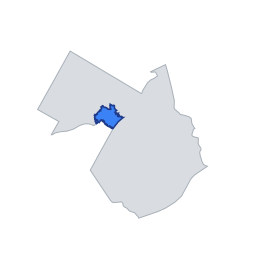 Sayaxché, Petén, Guatemala (highlighted), rotated 299°
{"feature_id": "79465075B52336301108850", "entity_name": "Sayaxché", "entity_type": "district", "adm_level": 2, "iso_a3": "GTM", "parent_name": "Guatemala", "parent_adm1": "Petén", "projection": "natural_earth1", "projection_center": [-90.182, 16.297], "detail": "fine", "context": "in_parent", "style": "filled", "palette": "blue", "viewbox_px": 256, "rotation_deg": 299, "n_neighbors": 0, "source": "geoboundaries", "source_scale": "gbopen_adm2", "svg_char_len": 6083}
<svg xmlns="http://www.w3.org/2000/svg" viewBox="0 0 256 256"><g transform="rotate(299 128 128)"><path d="M54.4,181.1L55.3,180.0L56.1,177.5L57.1,174.8L56.5,171.8L56.2,169.3L57.3,165.8L57.2,163.1L57.7,161.4L59.4,160.4L60.3,158.3L55.6,151.3L55.6,149.7L56.2,147.7L60.1,140.1L64.7,131.2L69.8,121.3L72.8,115.4L83.9,115.4L91.3,115.3L100.6,115.3L110.8,115.3L117.4,115.3L120.2,115.3L119.7,111.4L120.1,107.1L121.3,103.2L121.3,101.5L119.3,99.4L115.4,98.2L113.3,96.4L113.3,94.0L112.4,91.2L110.5,87.9L106.6,84.4L100.8,81.0L95.8,76.3L91.7,70.4L88.2,66.6L85.5,65.1L84.9,64.2L92.8,64.3L100.2,64.4L100.2,56.0L100.3,48.5L100.3,40.0L113.8,40.0L129.8,40.1L146.5,40.1L159.6,40.1L167.2,40.1L166.9,50.6L166.5,62.7L166.2,71.6L165.8,83.5L165.5,95.7L164.9,112.2L164.6,122.9L164.7,123.2L169.1,122.7L175.6,123.1L177.2,123.1L179.2,124.0L180.7,124.3L184.0,126.7L187.9,128.6L190.3,124.9L189.0,122.7L188.0,121.5L188.2,120.5L201.6,130.1L200.1,131.6L196.7,135.0L190.5,140.8L184.9,146.0L179.6,150.7L174.8,154.9L174.2,155.4L168.1,158.4L167.1,159.8L165.8,165.8L165.2,167.3L166.3,170.6L167.4,175.8L167.1,178.5L162.8,181.8L160.9,184.8L160.0,186.7L159.3,186.2L158.0,186.0L155.0,186.8L153.5,186.9L152.3,187.8L152.2,189.7L153.0,192.7L153.3,194.2L152.4,194.9L148.7,196.7L147.2,198.5L145.8,201.3L144.2,202.5L142.5,202.2L141.3,202.6L138.7,204.7L134.8,208.7L132.7,211.7L132.7,214.0L133.1,216.0L119.0,208.9L114.2,207.7L94.4,207.8L85.9,205.0L76.2,199.7L69.6,194.8L54.4,181.1Z" fill="#d9dde1" stroke="#a8b0b8" stroke-width="1"/><path d="M128.7,116.4L133.8,118.3L134.9,118.8L134.8,118.6L134.7,118.4L134.7,117.7L134.9,117.5L134.9,117.4L134.6,117.6L134.4,117.6L134.2,117.4L134.3,117.2L134.5,117.0L134.7,116.4L134.4,116.3L134.4,116.1L134.2,115.9L134.1,115.7L133.9,115.6L133.9,115.3L133.9,115.0L134.0,114.9L134.4,115.0L134.5,114.9L134.7,114.5L134.4,114.3L134.1,114.3L134.1,114.0L134.0,113.9L133.7,113.7L133.4,113.8L133.2,113.7L133.1,113.4L133.3,113.3L133.4,113.2L133.3,113.6L133.7,113.5L133.9,113.5L134.2,113.4L134.3,113.5L134.5,113.5L134.7,113.4L134.8,113.3L135.0,113.4L135.5,113.0L135.7,112.6L136.1,112.5L135.9,112.4L135.6,112.4L135.4,112.2L135.2,112.3L135.3,112.4L135.3,112.5L134.9,112.0L134.8,111.8L135.1,111.7L135.1,111.3L135.2,111.1L134.9,111.0L134.7,111.1L134.7,110.9L135.0,110.6L135.5,110.7L135.2,110.0L135.1,110.4L134.8,110.2L134.6,110.2L135.1,109.8L135.3,109.7L135.2,109.4L135.5,109.2L135.9,109.1L136.0,109.4L136.1,109.2L136.3,109.4L136.5,109.3L136.9,109.3L136.9,109.2L137.1,109.2L137.4,108.8L137.6,109.0L137.8,109.0L138.0,109.2L138.0,108.7L137.9,108.6L137.9,108.4L138.0,108.4L138.1,108.2L138.3,107.8L138.3,107.4L138.5,107.2L138.6,106.6L138.9,106.4L139.0,106.4L139.2,106.2L139.5,106.2L139.8,106.1L139.9,105.9L140.2,105.7L140.4,105.5L140.5,105.5L140.9,105.3L140.9,105.1L141.0,105.0L141.0,104.8L140.8,104.8L140.7,104.4L140.7,104.2L139.8,103.5L140.0,102.9L140.1,103.0L140.2,100.9L140.0,101.0L139.7,101.1L139.8,101.2L139.7,101.3L139.7,101.5L139.4,101.6L139.2,101.5L139.3,101.5L139.1,101.3L139.0,101.5L138.9,101.5L138.7,101.6L138.6,101.9L138.1,101.9L138.0,102.1L137.8,102.2L137.7,102.2L137.4,102.3L137.2,102.4L137.3,102.5L137.2,102.7L137.0,102.9L136.9,102.8L136.7,102.9L136.7,103.1L136.5,103.5L136.4,103.6L136.2,103.6L136.0,103.9L135.8,103.7L135.7,103.6L135.7,103.4L135.5,103.2L135.4,103.0L135.5,102.9L135.4,102.8L135.4,102.6L135.3,102.4L135.2,102.3L135.2,102.2L134.7,101.6L134.6,101.4L135.0,101.2L135.1,100.7L135.0,100.4L135.2,100.0L135.4,99.4L135.3,99.2L135.1,98.9L135.2,98.5L135.1,98.2L135.1,97.8L135.0,97.7L134.8,97.8L134.7,97.7L134.6,97.3L134.5,97.0L134.6,96.7L134.7,96.2L135.3,95.4L135.3,95.2L135.2,95.0L134.9,95.2L134.5,94.8L134.1,94.5L133.7,94.4L133.4,94.2L133.2,94.7L133.1,94.4L132.9,94.5L132.9,95.0L132.7,95.2L132.5,95.3L131.8,95.3L131.2,95.5L130.9,95.5L130.8,95.4L130.8,95.1L130.6,94.8L130.3,94.9L130.1,95.1L129.9,95.2L129.8,95.4L129.7,95.5L129.6,95.1L129.5,94.8L129.4,94.6L129.2,94.5L128.7,94.9L128.6,95.0L128.4,94.9L127.8,94.3L127.5,94.1L127.4,94.1L127.2,94.2L126.6,94.0L126.2,93.9L125.8,93.8L125.5,93.7L125.4,93.8L125.2,94.1L125.3,94.4L125.2,94.5L124.1,93.5L123.9,93.5L123.6,93.7L123.4,93.4L123.5,93.1L123.9,93.1L124.0,93.0L124.0,92.8L123.9,92.6L123.8,92.4L123.3,92.5L122.7,92.4L122.6,92.5L123.0,93.4L122.9,93.6L122.5,93.5L122.1,93.5L121.6,93.5L121.2,93.5L121.1,94.0L120.7,94.3L120.4,94.2L120.2,94.2L119.5,94.7L119.4,94.8L119.5,95.0L119.8,95.1L120.1,94.9L120.3,94.9L120.3,95.1L120.2,95.4L120.0,96.0L120.0,96.6L120.0,96.9L120.2,97.3L120.1,97.6L119.7,97.4L119.6,96.7L119.5,95.9L119.0,95.7L118.8,96.1L118.7,96.5L118.3,96.4L118.2,96.2L118.3,95.9L118.2,95.9L118.1,96.2L117.8,96.2L117.5,96.6L117.5,97.3L117.5,97.6L117.4,97.7L117.1,97.5L116.9,97.6L116.6,97.7L116.5,98.1L116.5,98.3L117.2,98.7L117.4,98.6L117.5,98.3L117.8,98.2L118.0,98.2L118.2,98.3L118.3,98.8L118.5,98.8L118.8,98.6L119.0,98.6L119.0,98.8L119.0,99.4L118.7,99.9L118.7,100.1L119.2,100.1L119.7,100.3L120.2,100.2L120.6,100.2L121.1,100.1L121.3,100.3L121.4,100.8L121.6,101.0L121.8,100.8L122.0,100.5L122.3,100.7L122.3,101.0L122.1,101.1L121.8,101.2L121.8,101.4L122.0,101.8L122.4,102.1L122.6,102.2L122.8,102.3L122.9,102.7L122.8,102.9L122.7,102.9L122.4,102.4L122.1,102.3L121.8,102.4L121.5,102.8L121.4,103.1L121.5,103.5L121.6,103.4L121.6,103.0L121.7,102.9L121.8,102.9L121.8,103.0L121.9,103.4L122.5,103.6L122.5,103.8L122.3,104.0L122.1,103.8L121.9,103.8L121.7,104.1L121.4,104.3L121.4,104.5L121.5,104.7L121.6,104.8L121.4,105.2L121.2,105.3L120.9,105.2L120.6,105.3L120.4,105.5L120.5,105.7L120.6,105.8L120.4,106.1L120.4,106.4L120.5,106.5L120.9,106.6L120.9,106.8L121.0,107.0L120.9,107.4L120.7,107.4L120.4,107.2L120.2,107.1L120.0,107.4L119.9,107.8L120.0,108.0L120.4,107.8L120.5,108.1L120.8,108.4L120.7,108.5L120.5,108.4L120.4,108.5L120.0,108.8L119.8,109.1L119.8,109.6L119.9,110.4L120.1,110.5L120.5,110.6L120.8,110.9L120.9,111.0L120.9,111.4L120.4,111.7L120.1,111.7L120.0,111.9L120.0,112.1L120.6,112.3L120.8,112.6L120.7,112.8L120.7,113.1L120.6,113.3L120.0,113.0L119.9,113.0L119.7,113.6L119.8,114.0L119.8,114.3L120.1,114.3L120.3,114.0L120.6,113.8L120.9,113.9L120.9,114.1L120.5,114.3L120.2,114.8L120.3,115.1L128.7,116.4Z" fill="#3b82f6" stroke="#1e3a8a" stroke-width="1.5"/></g></svg>